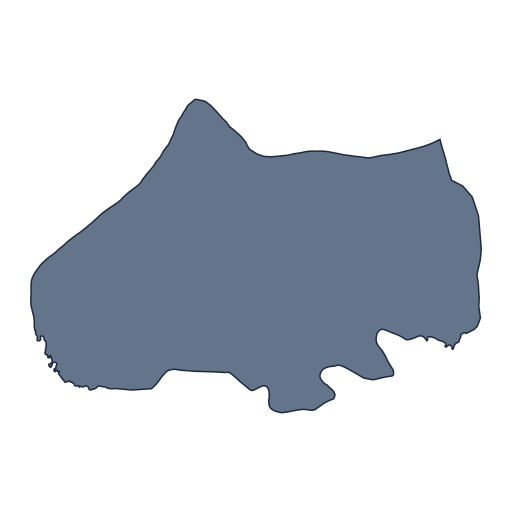 the district of Xonbuly, Savannakhét, Laos
{"feature_id": "54806243B48815004999342", "entity_name": "Xonbuly", "entity_type": "district", "adm_level": 2, "iso_a3": "LAO", "parent_name": "Laos", "parent_adm1": "Savannakhét", "projection": "albers", "projection_center": [105.481, 16.402], "detail": "fine", "context": "isolated", "style": "filled", "palette": "slate", "viewbox_px": 512, "rotation_deg": 0, "n_neighbors": 0, "source": "geoboundaries", "source_scale": "gbopen_adm2", "svg_char_len": 5895}
<svg xmlns="http://www.w3.org/2000/svg" viewBox="0 0 512 512"><path d="M35.4,332.1L35.8,334.0L36.1,334.6L36.3,335.1L37.4,336.3L37.5,337.0L37.1,339.0L37.1,340.0L37.2,340.3L37.6,340.7L38.3,340.9L39.1,340.9L39.9,340.4L40.3,340.1L40.7,339.4L40.5,336.9L40.8,336.2L41.1,336.0L41.7,335.9L42.4,336.0L44.0,337.3L44.0,339.1L44.2,339.6L45.6,341.6L46.0,342.5L46.2,344.0L46.0,347.6L45.4,349.6L45.4,351.3L45.2,352.2L44.9,352.9L45.0,353.6L45.2,354.0L45.6,354.4L46.1,354.4L46.6,354.7L47.0,354.7L47.2,355.2L47.5,355.1L48.0,356.8L47.8,357.5L48.1,357.7L49.3,357.8L49.5,357.6L49.2,357.2L49.1,356.9L49.6,356.5L50.0,355.6L50.3,355.5L50.6,355.7L50.9,356.2L51.1,357.2L51.2,357.9L51.7,358.9L51.9,360.2L52.2,360.8L51.8,362.4L51.6,362.8L50.8,363.5L49.2,364.1L48.8,364.6L48.8,365.3L49.4,366.5L50.0,366.8L50.3,367.3L50.6,367.3L51.1,366.9L51.4,366.2L51.8,365.8L51.9,365.1L52.2,364.6L52.3,363.6L52.5,363.3L52.7,362.9L53.5,362.4L54.8,362.3L55.3,362.4L56.5,363.0L56.7,363.3L56.8,363.6L56.7,364.2L55.8,367.3L55.8,368.1L55.5,368.4L54.5,368.8L53.9,369.7L53.9,370.0L54.0,370.3L55.0,369.9L55.2,370.0L54.4,371.1L54.4,371.6L54.7,371.7L55.0,371.2L55.4,371.4L55.9,371.1L56.1,371.0L56.3,370.3L56.7,370.1L56.9,370.2L57.3,370.6L57.6,371.4L57.8,371.5L58.3,371.3L58.6,371.4L59.3,371.5L58.8,372.2L58.6,372.5L58.8,373.0L58.6,373.5L58.8,374.1L59.0,374.5L59.5,374.9L59.7,375.3L60.5,376.2L60.9,377.1L61.1,377.2L61.4,377.8L62.0,378.1L62.5,379.3L63.1,379.8L63.3,380.1L63.9,380.6L64.5,381.8L65.2,382.4L66.3,381.8L68.1,381.6L68.4,381.4L68.4,381.1L68.7,381.0L69.9,381.1L70.5,381.7L70.6,382.0L71.0,382.2L71.4,382.3L72.1,382.2L72.5,382.8L73.9,383.5L74.2,383.9L74.4,384.4L74.4,384.9L74.7,385.6L75.2,385.9L77.4,385.9L77.9,385.6L78.3,385.6L78.8,385.9L78.9,386.8L79.2,387.0L79.5,387.0L80.0,386.7L80.5,386.4L81.9,386.8L83.0,386.9L84.7,386.3L85.4,385.9L85.8,385.8L86.2,385.8L87.3,386.3L88.3,387.3L88.6,387.8L89.0,388.9L89.5,389.9L91.4,389.8L92.5,389.4L95.7,388.4L97.5,386.5L98.1,386.2L98.7,386.0L101.4,386.4L102.5,386.8L104.7,386.8L108.1,388.4L111.9,388.8L115.0,388.5L132.2,390.0L151.5,388.7L156.0,384.5L162.5,375.9L166.5,371.5L169.8,369.9L174.5,369.2L180.9,370.2L195.0,371.3L212.9,371.8L225.5,372.5L226.6,372.3L228.2,372.3L229.5,372.6L230.9,373.5L235.2,377.1L239.6,381.2L248.2,388.3L250.1,389.8L251.2,390.4L251.8,390.5L253.0,390.4L254.3,389.9L259.7,387.1L262.0,386.1L263.8,385.8L265.8,386.1L267.0,386.8L267.9,388.2L268.4,389.3L269.0,391.2L269.3,394.4L269.1,398.4L268.7,399.9L268.7,401.0L269.1,405.0L269.6,406.5L270.5,408.0L271.5,409.0L273.3,410.2L275.2,411.1L277.5,411.8L281.7,412.7L287.5,412.0L291.5,411.1L294.8,410.6L296.3,410.2L301.6,409.5L303.3,409.4L304.9,409.4L307.3,409.8L312.2,410.3L314.5,409.8L316.1,409.0L317.4,407.8L319.4,406.6L322.9,404.0L325.7,402.3L330.7,399.9L333.0,399.2L333.6,398.7L334.5,397.1L335.0,394.8L334.2,392.4L332.1,389.7L329.2,387.2L326.9,384.9L325.0,383.9L323.3,382.3L321.2,379.8L320.0,377.3L319.9,375.4L320.3,373.7L321.3,371.4L322.2,370.3L323.6,368.9L324.7,368.2L329.0,366.7L334.0,366.1L337.2,365.3L338.5,365.2L340.2,365.4L342.8,366.3L349.0,369.5L351.4,370.9L357.2,374.1L358.6,375.0L362.7,377.4L364.4,378.2L365.5,378.5L367.2,378.7L371.1,379.5L373.2,379.7L375.5,379.3L382.6,377.6L387.1,376.7L392.0,376.0L393.1,375.3L393.6,374.2L393.5,372.5L393.5,371.6L393.2,370.0L390.1,365.2L387.2,360.2L386.9,359.3L385.7,356.7L382.9,351.7L378.3,345.9L377.3,344.1L376.4,342.0L376.1,339.9L376.2,337.4L377.0,333.7L377.8,332.3L378.6,331.4L379.8,330.1L380.8,329.6L381.7,329.4L383.8,329.4L393.3,333.2L397.0,334.6L400.0,336.0L402.6,337.4L406.3,339.8L408.6,339.6L410.3,339.3L414.7,337.8L416.6,336.9L418.5,336.2L420.0,335.9L421.2,335.9L422.8,336.4L424.9,338.1L425.9,339.6L426.9,340.8L427.6,340.0L427.7,339.5L427.4,337.6L427.7,336.9L428.2,336.7L429.2,336.7L431.8,337.1L433.0,337.4L434.9,338.1L438.6,340.2L442.5,341.4L443.4,341.8L444.8,342.7L445.3,343.1L445.8,344.1L446.0,344.8L445.8,345.2L445.2,345.9L445.1,346.5L445.4,347.0L445.8,347.1L446.3,346.9L448.5,345.2L449.6,345.1L450.5,345.4L451.4,345.9L451.7,346.5L452.2,349.1L452.4,349.3L453.1,349.0L453.6,348.0L454.2,345.8L454.7,344.8L455.6,343.7L456.3,343.1L457.4,342.7L458.8,341.9L459.1,341.3L459.6,339.2L460.6,337.3L460.9,334.7L461.6,334.1L463.0,333.2L464.4,332.9L465.3,332.8L465.8,332.9L466.2,333.5L473.9,329.6L477.3,326.3L480.4,318.0L478.8,306.5L479.2,298.3L478.3,283.9L476.9,274.7L480.3,259.8L481.3,249.2L478.5,215.9L472.3,197.1L462.7,186.0L451.5,180.3L451.2,179.0L450.4,176.6L449.2,173.7L448.5,170.6L446.3,162.4L445.6,159.0L441.5,145.4L440.5,141.5L440.0,139.4L432.0,143.3L424.1,146.2L419.7,147.5L410.5,149.9L398.8,152.9L390.2,154.4L381.7,155.4L370.8,157.7L367.6,157.9L359.9,156.8L353.2,156.1L347.2,155.2L344.3,154.9L334.5,152.9L330.0,152.0L325.1,151.3L320.4,151.1L309.5,151.2L304.5,151.9L301.1,152.7L293.3,153.9L287.9,155.2L271.6,156.8L265.0,156.5L263.1,156.2L257.3,154.1L250.5,149.9L249.1,148.9L247.9,146.5L246.7,144.6L246.3,143.3L245.8,142.2L244.8,141.2L242.5,138.1L240.3,135.8L234.7,130.7L229.6,126.7L226.1,121.8L222.6,118.5L221.0,116.5L219.1,114.5L216.6,111.6L210.7,105.5L208.9,104.1L207.0,102.6L204.8,101.2L202.9,100.7L200.8,100.3L197.6,99.6L195.4,99.3L194.0,100.2L191.1,102.7L189.3,104.1L187.4,106.0L184.9,110.6L183.2,112.8L182.2,114.9L180.9,117.3L179.6,118.7L178.1,121.4L175.4,128.1L173.4,134.2L170.4,140.3L169.5,142.7L168.1,145.1L166.9,146.6L166.1,147.4L165.1,148.9L163.2,151.4L161.8,154.3L160.2,156.9L157.8,160.0L156.2,161.6L155.0,163.5L153.9,165.5L152.9,166.8L149.0,171.5L146.7,174.1L143.5,178.3L142.2,180.0L140.8,182.6L137.6,185.6L128.8,192.2L123.0,197.4L121.0,199.8L117.4,202.7L108.4,208.7L102.0,213.4L95.5,219.5L90.8,223.7L80.7,231.9L74.3,236.4L68.7,240.7L65.4,243.7L62.7,246.2L60.5,247.8L54.7,253.0L49.4,256.9L46.9,258.9L42.9,262.5L40.3,265.2L34.7,273.0L32.3,277.8L31.4,281.1L31.0,286.0L31.1,288.5L31.0,295.9L30.7,299.3L30.9,303.9L31.2,306.2L31.9,309.3L33.4,315.0L34.2,319.9L34.3,327.4L34.9,330.1L35.2,330.1L35.8,331.4L35.4,332.1Z" fill="#64748b" stroke="#1e293b" stroke-width="1.5"/></svg>